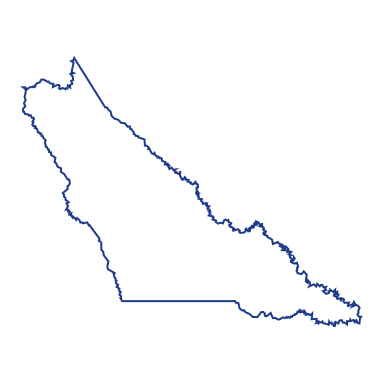 the district of Cartagena Del Chairá, Caquetá, Colombia
{"feature_id": "7082276B3129505860922", "entity_name": "Cartagena Del Chairá", "entity_type": "district", "adm_level": 2, "iso_a3": "COL", "parent_name": "Colombia", "parent_adm1": "Caquetá", "projection": "orthographic", "projection_center": [-73.934, 0.797], "detail": "fine", "context": "isolated", "style": "outline", "palette": "blue", "viewbox_px": 384, "rotation_deg": 0, "n_neighbors": 0, "source": "geoboundaries", "source_scale": "gbopen_adm2", "svg_char_len": 5956}
<svg xmlns="http://www.w3.org/2000/svg" viewBox="0 0 384 384"><path d="M43.5,79.5L41.2,79.7L39.7,82.5L37.2,83.1L35.6,84.6L35.3,86.5L33.7,86.3L33.8,87.1L29.8,87.2L26.9,89.4L25.3,87.3L23.1,87.3L25.5,89.1L25.8,91.8L24.6,97.1L25.6,100.4L24.0,103.0L25.3,106.4L23.0,108.8L23.2,111.7L24.2,111.9L24.9,113.9L28.1,114.4L28.9,115.6L30.6,115.2L31.9,117.8L33.5,117.7L34.0,119.0L32.4,121.7L33.5,122.5L32.3,124.7L33.6,126.3L35.0,125.9L35.8,126.7L35.0,128.1L36.9,128.7L38.2,132.6L39.5,132.5L40.2,134.0L41.3,133.7L41.5,135.9L42.9,136.1L43.2,137.8L45.7,140.2L45.0,141.7L45.8,146.8L46.9,147.0L48.2,149.8L49.0,149.8L49.1,152.1L51.1,152.4L51.0,154.8L55.4,157.8L54.6,162.2L56.1,163.2L57.6,166.7L61.1,168.4L60.7,171.6L64.2,174.1L67.7,179.5L69.2,179.6L69.9,182.9L69.0,185.2L67.5,186.1L67.7,189.0L62.8,193.0L64.1,194.9L63.8,196.5L65.4,197.8L65.6,199.8L68.7,202.2L66.5,203.3L68.1,206.2L66.3,209.3L67.4,208.9L67.7,210.6L68.2,210.0L69.8,211.5L69.0,212.4L69.3,214.6L71.3,213.4L71.0,215.3L72.7,216.3L72.0,216.6L72.6,217.7L75.3,218.5L76.1,219.8L76.7,218.1L77.7,218.7L79.4,220.0L80.4,222.6L82.5,222.4L83.0,223.3L87.3,222.4L88.8,225.4L89.5,225.1L99.5,238.8L98.8,240.9L100.4,241.5L101.3,243.1L101.3,249.7L103.2,251.8L103.8,255.3L108.4,261.4L107.3,266.6L107.8,269.1L114.6,273.1L113.6,273.8L114.5,277.4L115.7,278.6L115.6,280.3L116.5,280.8L115.8,282.1L116.4,283.8L118.0,284.7L116.7,286.9L118.1,287.2L118.5,288.8L119.4,288.8L119.4,291.4L120.7,291.9L119.4,294.7L121.0,296.0L121.1,297.8L120.4,298.0L122.1,301.1L235.2,301.1L235.9,302.7L238.4,303.1L239.6,308.4L242.6,310.6L244.1,310.2L245.2,312.0L250.0,314.3L252.8,317.0L257.5,317.0L261.3,312.1L263.5,312.0L264.8,313.7L264.8,315.8L266.5,316.3L270.7,313.0L272.9,318.2L275.3,317.9L277.8,319.5L279.3,319.4L283.1,317.4L284.8,318.1L286.7,316.9L287.2,317.8L288.6,317.1L289.7,317.8L290.9,316.4L292.1,316.9L292.7,315.5L294.9,315.0L295.1,314.0L296.7,313.9L297.4,311.8L298.7,312.0L299.1,310.5L300.1,310.7L299.3,311.7L299.8,312.4L301.5,312.1L301.0,310.6L303.3,312.1L304.1,310.6L305.1,312.0L304.5,313.4L306.2,313.5L305.9,314.8L308.6,313.9L309.4,315.0L310.8,314.9L312.2,313.5L311.7,319.2L316.6,318.8L316.3,321.0L317.9,321.2L316.4,323.0L318.2,322.6L318.5,323.4L319.7,322.1L321.9,322.5L322.5,321.6L323.1,323.0L328.8,324.7L329.1,322.0L329.7,323.3L331.5,322.5L332.2,324.3L333.7,324.5L333.8,326.0L334.7,326.1L335.4,325.0L334.6,322.6L335.5,321.9L338.3,323.5L339.6,320.5L341.8,320.2L343.0,322.7L344.5,322.5L347.0,324.4L347.0,321.2L350.1,321.2L350.3,319.8L351.0,321.0L353.6,320.0L354.8,322.3L356.1,321.2L355.0,320.6L356.4,320.2L357.4,322.9L359.4,323.5L360.0,318.3L361.0,316.8L358.9,316.6L357.4,314.4L358.5,312.9L358.2,311.1L359.6,308.0L358.2,305.9L356.0,304.9L352.4,306.5L354.8,303.3L354.0,301.9L353.0,304.0L348.2,306.1L347.7,305.4L349.0,302.6L344.5,302.8L343.5,301.5L344.0,299.5L342.7,298.5L341.8,298.7L340.8,301.3L340.7,298.2L337.4,298.9L336.8,298.0L337.9,295.8L336.2,296.7L333.8,295.7L334.3,294.2L337.7,294.0L337.3,291.7L334.8,293.1L335.1,289.8L333.1,291.9L330.2,289.7L330.1,291.1L328.7,291.3L328.9,293.0L326.2,293.8L323.0,291.1L326.1,290.0L325.2,288.7L326.1,286.9L323.6,287.4L322.3,284.9L321.0,284.9L319.8,286.4L317.2,283.9L316.2,286.5L314.1,284.3L309.4,286.3L310.3,285.0L309.8,282.4L307.8,280.2L307.7,282.8L305.8,281.4L306.7,274.7L303.8,271.4L301.5,274.1L297.7,273.2L296.5,270.8L297.4,269.7L296.9,267.9L298.2,266.8L296.9,262.7L294.5,263.7L290.9,261.9L291.0,260.8L293.4,260.6L294.7,258.4L293.9,257.2L293.7,259.3L292.0,259.4L289.9,257.0L289.8,255.9L291.2,255.3L288.8,254.3L291.3,251.9L289.9,251.4L287.4,252.1L288.4,249.2L285.9,246.4L284.5,247.5L285.9,250.3L282.1,250.1L284.0,246.3L282.2,244.7L281.4,246.8L279.8,246.2L280.7,244.3L278.2,243.1L277.9,242.0L272.9,244.0L272.1,239.6L267.4,237.0L267.3,235.8L264.3,234.9L263.3,233.3L263.7,232.7L265.0,233.9L265.9,231.4L263.1,229.6L263.9,228.5L263.5,227.3L259.9,226.2L262.1,225.3L262.1,224.0L259.8,224.6L258.4,222.4L255.9,221.3L255.6,222.6L257.2,223.3L256.8,224.8L255.1,225.1L254.3,222.5L253.8,227.4L252.7,227.3L252.2,225.0L251.7,227.7L251.0,227.1L249.6,228.1L250.3,228.5L249.8,231.2L248.4,231.3L248.6,229.6L247.4,230.2L246.1,228.6L245.6,229.3L246.6,229.8L244.4,232.4L240.8,232.9L239.7,232.6L239.1,231.7L239.8,230.8L238.0,229.2L233.7,230.6L234.1,228.9L233.0,229.4L232.7,227.5L229.7,226.5L229.3,225.0L230.4,225.0L231.2,223.1L229.0,222.4L228.3,220.1L227.5,220.8L225.7,219.6L224.3,220.1L222.9,223.4L220.7,222.7L217.9,223.6L215.7,221.8L216.1,220.6L212.6,219.5L213.7,217.6L213.2,216.6L212.2,216.6L211.0,214.9L211.2,216.1L208.7,215.5L210.3,213.0L209.0,211.8L210.2,211.3L209.6,209.5L208.1,209.7L207.5,208.5L209.2,206.3L206.8,206.2L207.1,203.9L205.9,204.4L206.0,203.2L202.9,203.8L203.0,202.4L201.0,200.9L201.9,199.2L198.7,198.8L199.1,198.1L197.9,196.6L198.7,195.9L197.7,195.0L198.6,193.8L196.5,194.0L196.1,192.3L198.1,192.3L196.4,189.1L196.7,187.5L198.0,187.4L197.7,184.4L195.1,183.4L196.0,182.8L195.4,181.8L192.9,184.5L190.5,183.4L190.8,182.4L187.6,181.6L188.5,180.0L185.6,179.6L185.9,178.5L184.8,177.1L182.8,179.8L181.9,179.4L179.9,175.4L180.4,171.0L179.7,173.5L178.2,173.9L176.5,172.2L175.9,172.9L175.0,172.3L174.3,170.4L175.5,169.5L173.2,169.8L171.7,167.6L169.4,168.9L168.3,166.1L169.3,165.6L168.1,164.5L168.2,165.8L167.1,165.3L167.5,164.0L164.9,164.4L165.5,162.1L162.2,161.0L161.7,158.4L160.0,158.3L159.6,157.4L157.6,157.6L158.0,156.6L155.5,155.5L154.5,153.0L153.7,154.2L151.8,153.3L149.4,148.8L148.3,148.9L148.8,147.6L146.7,145.8L144.9,145.6L144.5,139.4L138.3,137.3L138.3,136.2L135.7,135.9L135.3,134.6L133.8,134.1L133.8,132.5L131.2,128.9L130.1,128.9L130.0,126.5L127.5,126.7L125.2,123.4L121.0,122.7L118.2,119.8L114.5,118.6L111.6,116.0L110.6,111.5L108.5,110.0L107.1,107.5L105.2,107.4L74.2,57.9L73.2,60.4L71.3,61.1L73.6,62.6L71.6,72.1L73.7,73.1L70.5,74.0L72.7,76.5L73.1,80.1L71.2,80.9L72.3,83.9L69.8,85.2L70.1,87.4L67.9,85.6L67.5,88.5L65.9,88.3L65.5,89.2L62.7,88.0L60.0,89.2L59.0,88.3L59.7,86.1L59.0,85.0L56.6,85.2L52.9,87.0L53.4,83.9L50.0,83.4L48.6,81.5L47.5,81.8L43.5,79.5Z" fill="none" stroke="#1e3a8a" stroke-width="2"/></svg>